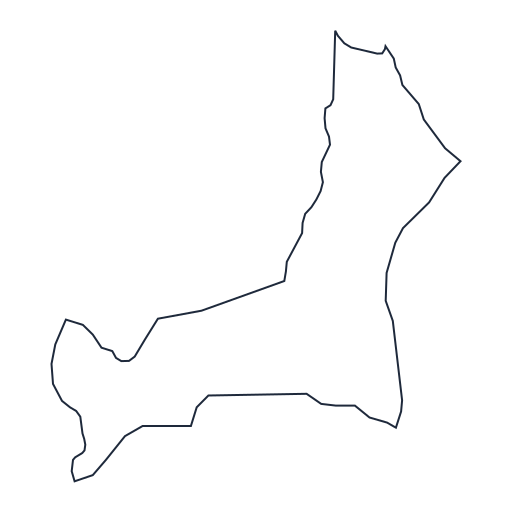 Amuru, Natural Earth projection
{"feature_id": "UGA-5601", "entity_name": "Amuru", "entity_type": "District", "adm_level": 1, "iso_a3": "UGA", "parent_name": "Uganda", "parent_adm1": "", "projection": "natural_earth1", "projection_center": [31.868, 3.088], "detail": "fine", "context": "isolated", "style": "outline", "palette": "slate", "viewbox_px": 512, "rotation_deg": 0, "n_neighbors": 0, "source": "natural_earth", "source_scale": "10m", "svg_char_len": 1148}
<svg xmlns="http://www.w3.org/2000/svg" viewBox="0 0 512 512"><path d="M377.2,53.6L382.2,53.4L384.9,49.2L385.5,46.2L393.8,58.6L395.7,67.5L400.1,75.4L402.4,85.0L418.8,104.1L423.8,119.5L445.1,148.3L460.5,161.2L444.6,177.8L429.1,202.4L403.0,228.1L395.3,242.7L386.6,272.9L385.7,300.8L392.8,320.9L402.1,400.3L401.1,411.5L395.9,427.7L387.1,422.6L369.5,417.5L354.9,405.6L335.8,405.6L321.2,403.9L306.6,393.8L208.4,395.5L196.7,407.3L190.9,426.0L142.6,426.0L125.0,436.1L105.9,459.9L92.8,475.1L74.6,481.3L71.7,471.2L73.0,459.9L75.2,457.3L82.3,453.0L84.5,450.4L85.3,444.7L84.2,438.9L82.5,433.5L80.3,416.7L76.2,411.0L70.0,407.3L62.0,400.9L53.0,383.9L51.5,363.9L55.3,344.4L65.9,319.6L82.9,324.9L92.8,334.6L101.5,347.7L112.3,351.1L116.0,357.9L121.3,361.1L129.0,360.9L134.7,356.6L145.0,339.4L157.9,318.7L201.5,310.7L284.3,281.0L285.9,271.5L286.8,261.8L302.1,233.1L302.6,222.9L305.2,213.8L311.4,207.2L316.3,199.6L320.6,191.1L322.9,182.2L320.9,171.9L321.8,162.0L330.0,144.7L329.0,136.6L325.5,128.3L324.6,118.2L325.4,108.4L330.5,105.2L333.2,99.3L335.2,31.1L335.2,30.7L337.9,35.8L344.3,43.3L351.2,47.5L377.2,53.6Z" fill="none" stroke="#1e293b" stroke-width="2"/></svg>